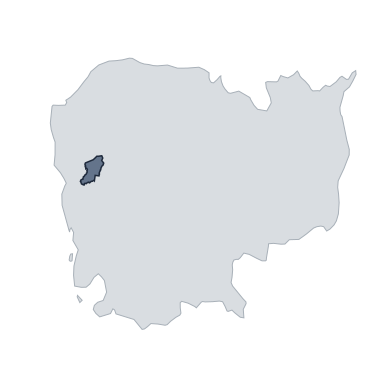 location of Koas Krala, Batdâmbâng, Cambodia, rotated 8°
{"feature_id": "14789045B77023093134849", "entity_name": "Koas Krala", "entity_type": "district", "adm_level": 2, "iso_a3": "KHM", "parent_name": "Cambodia", "parent_adm1": "Batdâmbâng", "projection": "natural_earth1", "projection_center": [103.147, 12.673], "detail": "fine", "context": "in_parent", "style": "filled", "palette": "slate", "viewbox_px": 384, "rotation_deg": 8, "n_neighbors": 0, "source": "geoboundaries", "source_scale": "gbopen_adm2", "svg_char_len": 5474}
<svg xmlns="http://www.w3.org/2000/svg" viewBox="0 0 384 384"><g transform="rotate(8 192 192)"><path d="M337.2,49.0L338.1,52.7L335.8,59.7L333.3,66.0L328.5,71.5L328.3,75.5L326.7,87.6L327.4,91.4L328.5,94.7L330.1,96.5L334.3,108.3L338.1,119.1L341.8,127.9L342.5,133.5L339.2,147.6L335.2,160.6L335.6,167.1L337.4,173.6L339.2,182.2L340.0,193.3L339.0,200.5L337.2,204.9L333.8,209.5L330.8,211.9L327.2,208.0L324.3,207.8L320.4,209.0L317.4,210.8L311.3,217.5L304.4,224.1L295.0,225.7L291.3,230.6L287.4,231.3L279.9,231.5L275.0,232.6L275.2,235.1L274.9,246.6L275.0,249.3L274.2,250.0L270.8,250.4L265.1,248.6L257.3,245.8L251.8,245.3L248.9,250.4L247.2,252.3L245.1,252.6L243.0,253.5L242.2,255.8L242.0,258.6L243.1,263.4L243.5,271.0L243.3,276.2L245.3,279.5L257.2,290.5L260.7,293.3L261.1,295.0L259.1,301.0L260.9,309.4L257.2,309.3L251.0,305.6L248.0,303.4L244.4,305.2L243.2,304.9L240.7,300.7L237.6,296.4L234.3,296.2L227.4,297.8L220.3,299.0L217.6,299.0L216.5,299.8L212.4,306.1L210.7,305.0L203.5,302.6L197.0,301.7L195.7,303.3L196.5,308.5L197.9,313.5L197.1,315.6L193.5,318.3L188.8,323.0L185.9,326.8L183.9,327.7L176.7,327.5L169.6,328.0L166.7,331.5L164.0,334.2L161.7,335.0L152.3,326.3L133.7,323.3L131.7,319.5L129.9,318.7L128.2,323.7L118.0,328.5L113.7,325.6L110.6,322.1L111.1,317.8L114.0,314.3L119.1,311.8L121.4,303.1L117.6,291.9L114.2,288.6L110.6,286.0L106.8,290.2L103.7,297.3L100.4,301.0L95.7,301.8L88.9,301.5L86.3,290.9L85.4,281.7L86.3,271.3L87.4,265.1L80.8,256.6L80.4,248.5L77.3,244.3L76.3,246.4L76.4,248.7L75.5,247.0L65.2,223.2L63.4,212.2L65.2,203.7L66.3,200.8L63.3,196.4L59.1,191.3L51.7,184.6L51.2,174.1L49.5,161.6L47.3,157.4L43.9,149.8L42.1,143.4L41.5,126.7L42.4,125.3L47.7,124.8L54.4,123.6L55.5,120.9L54.3,118.7L58.6,114.9L64.8,106.6L69.6,97.9L73.0,92.4L75.1,86.9L82.0,79.2L91.6,73.9L98.1,72.6L104.8,70.8L111.3,68.2L114.4,68.0L122.4,71.1L126.8,71.9L131.3,71.8L136.1,72.2L140.2,71.9L150.1,69.7L160.5,71.4L169.9,70.0L181.4,67.5L187.1,69.1L192.3,71.6L193.0,76.7L194.2,79.1L195.9,80.9L198.2,80.9L201.2,77.3L203.6,73.6L204.4,73.0L204.6,74.8L205.8,78.7L208.0,82.7L210.2,85.3L214.0,88.7L216.4,88.9L224.3,85.6L236.1,90.4L237.5,92.7L241.4,97.6L245.5,101.0L254.8,101.3L258.1,92.7L256.4,87.6L251.1,78.5L249.7,73.2L251.4,72.2L260.3,71.2L261.7,70.2L263.7,64.3L266.1,65.0L271.1,65.7L276.3,61.7L279.4,57.5L281.1,59.4L282.9,62.4L284.9,64.1L288.7,66.6L292.9,70.2L295.5,73.7L297.5,75.1L302.8,74.1L304.3,74.2L307.3,70.0L309.5,67.7L311.3,68.3L314.0,68.3L319.5,62.8L322.6,57.9L324.4,56.5L329.3,59.0L331.3,58.5L334.1,51.7L337.2,49.0ZM82.8,276.8L81.8,277.4L80.8,277.4L79.8,276.4L79.9,272.6L80.6,270.3L82.3,269.8L82.8,276.8ZM98.3,314.5L96.3,317.1L92.9,311.8L93.0,310.3L98.3,314.5Z" fill="#d9dde1" stroke="#a8b0b8" stroke-width="1"/><path d="M82.5,178.0L82.4,178.3L82.2,178.5L82.3,178.9L82.3,179.0L82.3,179.3L82.3,179.5L82.2,179.6L82.2,179.8L82.3,180.1L82.4,180.3L82.7,180.6L82.8,180.6L82.9,180.8L82.9,181.0L83.0,181.1L82.9,181.2L82.8,181.4L82.7,181.5L82.8,181.8L83.0,181.9L83.1,182.1L83.6,183.8L83.7,183.7L83.8,183.6L84.0,183.5L84.3,183.5L84.4,183.4L84.5,183.3L84.7,183.5L84.8,183.6L85.3,184.3L85.3,184.5L85.3,184.8L85.1,185.0L84.9,185.2L84.9,185.3L85.0,185.6L85.0,185.8L85.2,186.0L85.4,186.6L85.4,186.9L85.4,187.0L85.3,187.3L85.3,187.5L85.2,187.7L85.1,187.8L85.0,188.1L84.9,188.1L84.9,188.5L84.8,188.8L84.7,189.1L84.4,189.3L84.3,189.6L84.2,189.7L83.9,189.8L83.7,189.9L83.6,190.1L83.5,190.3L83.4,190.5L83.3,190.8L83.3,191.0L83.2,191.2L83.1,191.3L83.0,191.5L82.9,191.7L82.8,191.8L82.6,191.8L82.4,191.9L82.4,192.0L82.3,192.3L82.4,192.7L82.4,192.8L82.3,193.0L82.2,193.4L82.1,193.8L82.0,194.0L82.2,194.3L81.9,194.4L81.8,194.5L81.7,194.5L81.5,194.8L81.4,194.9L81.2,194.9L81.0,195.0L80.9,195.1L80.7,195.2L80.7,195.3L80.4,195.5L80.3,195.8L80.0,196.9L80.2,197.0L80.3,197.2L80.3,197.3L80.5,197.4L80.7,197.5L80.7,197.8L80.8,198.2L81.2,198.8L81.3,198.9L81.3,199.0L81.4,199.3L81.7,199.4L81.8,199.4L81.9,199.5L82.0,199.6L82.3,199.7L82.5,199.7L82.7,199.8L82.9,199.8L83.0,199.9L83.2,200.0L83.4,200.0L83.7,200.0L83.8,200.0L84.0,200.1L84.3,200.0L84.3,199.9L84.3,199.7L84.3,199.2L84.2,198.9L84.2,198.7L84.3,198.6L84.5,198.6L84.8,198.3L85.0,198.3L85.4,198.3L85.6,198.4L85.9,198.3L86.0,198.4L86.2,198.1L86.3,197.9L86.7,197.7L87.5,197.1L87.8,197.0L88.0,197.0L88.0,196.9L88.0,196.7L88.4,196.7L88.6,196.8L88.8,197.0L89.0,197.1L89.3,197.2L89.5,197.0L89.6,196.9L89.6,196.7L89.8,196.4L90.0,196.3L90.0,196.2L90.3,196.0L90.4,195.9L90.5,195.7L90.9,195.5L91.0,195.4L91.3,195.3L91.5,195.3L91.8,195.2L92.0,195.2L92.3,194.9L92.6,194.6L92.9,194.3L93.0,194.2L93.3,194.1L93.5,194.2L93.7,194.3L93.8,194.4L93.8,189.0L97.6,189.0L97.6,188.9L97.6,188.7L97.7,188.4L97.7,188.2L97.7,187.8L97.7,187.7L97.6,187.4L97.6,187.2L97.8,187.0L97.6,186.8L97.6,186.7L97.5,186.3L97.5,186.2L97.5,185.9L97.6,185.7L97.6,185.4L97.6,185.2L97.7,184.9L97.8,184.7L97.9,184.4L98.0,184.3L98.0,184.2L98.0,183.8L98.1,183.7L98.1,183.3L98.1,183.2L98.3,183.2L98.5,182.9L98.5,182.7L98.5,182.4L98.5,182.2L98.5,181.9L98.5,181.5L98.6,181.0L98.6,180.9L98.6,180.6L98.6,180.3L98.7,180.2L98.9,179.9L99.0,179.7L99.0,179.4L99.0,179.2L99.2,178.9L99.3,178.7L99.5,178.5L99.6,178.4L99.9,178.2L100.0,178.0L100.1,177.9L100.1,177.7L100.3,177.3L100.3,177.2L100.2,177.1L100.3,176.9L100.4,176.7L100.3,176.4L100.3,176.2L100.4,175.9L100.4,175.7L100.5,175.6L98.2,173.4L98.9,170.8L97.6,168.7L96.1,169.1L95.7,169.3L95.4,169.3L95.2,169.4L94.8,169.5L94.7,169.5L94.3,169.7L94.2,169.7L92.8,169.8L91.7,171.3L89.7,173.8L86.8,175.5L84.7,176.7L82.7,177.9L82.5,178.0Z" fill="#64748b" stroke="#1e293b" stroke-width="1.5"/></g></svg>